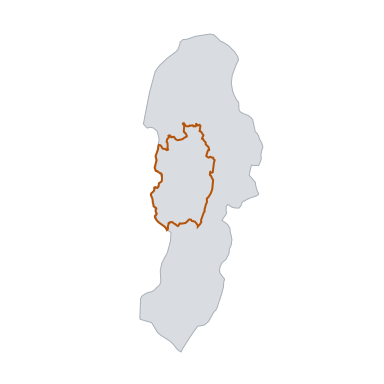 where Banskobystrický sits in Slovakia, rotated 104°
{"feature_id": "SVK-1052", "entity_name": "Banskobystrický", "entity_type": "Region", "adm_level": 1, "iso_a3": "SVK", "parent_name": "Slovakia", "parent_adm1": "", "projection": "equal_earth", "projection_center": [19.313, 48.501], "detail": "fine", "context": "in_parent", "style": "outline", "palette": "amber", "viewbox_px": 384, "rotation_deg": 104, "n_neighbors": 0, "source": "natural_earth", "source_scale": "10m", "svg_char_len": 7014}
<svg xmlns="http://www.w3.org/2000/svg" viewBox="0 0 384 384"><g transform="rotate(104 192 192)"><path d="M349.8,163.8L349.1,166.7L346.9,170.1L344.1,173.6L341.8,177.9L338.8,187.0L336.8,191.3L328.5,199.6L328.1,211.3L327.0,212.1L307.8,216.1L305.3,215.5L302.6,213.2L301.1,211.6L300.2,210.3L298.5,207.1L296.3,204.8L293.0,203.0L290.0,200.8L286.1,200.7L275.8,203.8L268.6,204.1L263.8,203.1L257.4,201.3L245.0,201.0L236.4,202.6L235.6,204.9L227.8,219.1L216.4,224.4L206.5,229.8L203.6,230.9L198.6,229.2L193.0,226.0L188.3,224.3L184.9,225.1L181.1,228.7L179.4,232.4L168.1,235.1L148.5,236.7L141.7,240.3L139.3,244.7L139.2,248.0L140.8,250.9L138.7,254.2L137.8,255.6L123.9,256.4L105.4,257.3L94.3,257.1L83.9,256.9L76.8,254.0L68.2,248.4L59.1,241.0L58.2,240.8L56.9,240.0L51.2,239.5L49.6,239.9L46.2,237.5L45.3,234.4L40.0,226.1L34.3,212.6L34.2,208.7L36.6,204.3L38.8,200.9L39.1,198.2L39.4,197.5L41.2,191.9L45.7,184.5L49.8,180.2L52.7,178.8L58.7,180.1L69.0,181.2L77.0,180.2L84.4,176.9L88.5,174.0L91.9,171.0L93.1,169.0L94.6,168.1L100.8,166.3L102.7,164.3L103.6,160.5L104.1,156.2L105.4,153.0L107.0,150.7L118.3,145.1L119.3,143.1L121.2,141.2L124.5,139.1L127.8,136.0L131.2,134.1L135.6,134.4L139.7,134.0L142.8,132.9L144.2,132.8L150.1,133.7L151.1,137.2L151.7,140.9L161.8,140.6L167.4,132.7L170.2,131.8L174.9,129.1L177.9,126.7L180.0,128.2L183.1,133.2L186.3,137.3L188.2,138.9L188.4,140.1L190.3,140.9L193.9,141.3L196.3,142.6L197.1,146.4L197.1,149.8L196.0,152.3L195.4,154.4L198.0,155.3L201.6,154.5L204.3,153.2L212.1,156.1L214.9,149.7L217.9,146.5L222.0,145.0L225.6,143.0L229.0,141.6L231.3,141.7L232.2,141.1L235.1,141.3L238.5,141.9L243.0,141.2L249.2,142.7L253.2,145.6L257.0,146.6L261.3,146.5L264.3,144.9L268.6,139.3L271.7,139.4L276.6,138.5L283.6,138.6L299.6,139.8L303.6,141.9L313.5,144.6L317.9,147.7L319.9,151.5L320.9,154.1L331.1,158.1L346.2,163.2L349.8,163.8Z" fill="#d9dde1" stroke="#a8b0b8" stroke-width="1"/><path d="M235.1,207.1L233.4,208.6L232.6,209.6L232.0,210.7L229.8,216.4L228.7,218.4L227.3,220.3L225.7,221.7L224.4,222.2L223.7,222.0L223.1,221.4L222.0,220.9L221.4,221.1L219.7,222.5L218.7,222.8L217.8,222.7L217.2,222.6L216.7,222.6L216.0,223.3L215.8,223.9L215.5,225.1L215.1,225.8L214.6,226.1L213.6,226.4L211.4,227.6L211.2,227.7L209.1,228.3L207.8,229.0L205.2,231.0L203.9,231.4L202.8,231.0L200.6,229.4L199.3,229.0L197.2,229.7L196.7,229.6L196.2,228.9L196.3,228.3L196.6,227.7L196.6,227.0L195.6,226.0L194.3,225.8L191.7,226.2L191.2,226.0L189.9,224.7L189.3,224.2L188.8,224.1L188.2,224.0L183.0,225.2L182.1,225.7L181.4,226.7L180.9,229.5L180.3,230.7L180.2,230.7L180.2,230.8L180.3,230.8L180.3,231.2L180.4,231.6L180.3,232.0L180.3,232.3L177.3,234.2L169.7,234.0L166.4,235.9L165.8,236.0L158.8,235.3L155.5,235.7L154.4,235.6L154.3,234.9L154.3,234.1L154.4,233.8L155.0,233.0L155.2,232.7L155.4,232.5L155.6,232.3L155.9,232.1L156.1,232.0L156.4,231.6L156.8,231.2L157.0,230.7L157.1,230.2L156.7,228.9L156.7,228.5L156.9,228.0L157.0,227.7L157.4,227.1L157.4,226.9L157.4,226.6L157.4,226.3L157.3,226.2L156.6,225.5L155.7,226.2L155.4,226.4L155.1,226.5L154.8,226.6L154.6,226.5L154.3,226.5L154.1,226.5L153.9,226.6L153.0,226.8L152.2,227.1L151.9,227.2L151.5,227.3L151.1,227.4L150.9,227.5L150.7,227.6L150.3,227.7L150.1,227.8L149.9,228.0L149.7,228.3L149.7,228.5L149.5,228.8L149.4,228.8L149.1,228.8L148.8,228.8L148.3,228.9L148.0,228.9L147.7,228.9L147.3,228.8L147.1,228.8L146.8,228.8L146.7,228.8L146.4,228.8L146.2,228.6L145.1,227.9L144.9,227.8L144.6,227.7L144.3,227.7L144.0,227.7L143.8,227.8L143.7,227.9L143.6,228.2L143.5,228.3L143.3,228.4L143.2,228.5L143.0,228.4L142.9,228.3L142.7,228.1L142.6,227.8L142.5,227.5L142.5,227.0L142.6,226.7L142.9,226.4L143.3,226.1L143.5,225.8L143.8,225.7L143.9,225.4L143.7,224.9L143.2,224.2L143.1,223.9L143.1,223.7L143.4,223.6L143.4,223.4L142.9,222.9L143.0,222.7L143.2,222.3L143.8,221.6L144.5,221.0L144.7,220.7L144.8,220.4L145.2,218.4L143.1,214.1L142.7,213.7L141.3,212.7L139.7,210.7L139.0,210.5L138.8,210.6L138.5,210.8L137.9,211.3L137.1,212.0L136.8,212.5L136.4,212.8L136.4,213.1L136.3,213.3L136.2,213.4L135.9,213.6L135.9,213.9L135.9,214.1L135.8,214.3L135.7,214.4L133.9,214.9L130.4,215.4L129.7,215.6L129.2,216.1L128.8,216.5L128.7,216.7L128.3,217.0L128.2,217.1L128.0,217.4L127.7,217.4L127.2,216.6L127.5,216.3L127.9,215.9L128.1,215.7L128.2,215.3L128.3,215.2L128.7,214.8L128.9,214.6L129.2,214.3L129.3,213.9L129.4,213.5L129.5,213.0L129.4,212.5L129.2,211.5L128.8,210.8L128.5,210.5L128.2,210.5L128.1,210.4L127.9,210.1L128.0,209.7L128.0,209.3L127.8,208.9L127.4,208.2L127.2,207.8L127.2,207.3L127.4,207.1L127.9,206.6L127.9,206.4L127.6,206.3L127.5,206.2L127.6,205.5L127.6,205.2L127.6,204.9L127.5,204.5L127.3,204.3L126.9,204.2L126.4,204.2L125.0,204.5L124.9,204.4L124.9,204.1L125.3,203.5L126.1,202.7L126.1,202.3L125.8,202.1L125.0,201.0L125.6,199.9L131.1,199.3L131.1,199.1L131.3,198.5L131.3,198.4L131.3,198.2L131.3,197.9L131.4,197.7L131.6,197.5L131.8,197.2L132.7,196.4L134.2,194.6L137.2,195.2L137.5,195.2L137.9,195.2L137.9,194.9L137.8,194.3L137.9,194.1L138.1,193.9L138.9,193.3L139.1,193.1L140.4,191.0L140.7,190.7L141.0,190.5L141.8,190.5L142.1,190.4L142.3,190.3L143.0,189.3L143.7,188.1L143.9,187.9L144.0,187.7L144.1,187.1L146.5,185.7L147.2,185.5L147.3,185.6L147.3,185.8L147.5,186.0L147.8,186.4L147.8,186.5L148.7,186.7L153.5,186.9L154.2,185.7L154.4,185.3L154.5,184.5L154.6,184.1L154.5,183.9L153.7,183.2L153.4,182.7L153.3,182.4L153.4,182.2L153.6,182.0L153.8,181.7L153.8,181.4L153.8,181.0L153.5,180.1L153.5,179.9L153.6,179.7L154.5,179.3L154.8,179.1L155.0,178.9L155.6,177.7L158.2,177.8L167.4,176.7L167.9,176.7L168.0,176.8L168.0,177.1L168.3,177.2L168.4,177.4L168.6,177.6L168.6,178.2L168.7,178.5L168.4,178.7L168.3,178.8L168.1,179.1L168.4,179.2L170.7,178.9L171.0,178.8L171.3,178.6L171.5,178.4L171.5,178.2L171.6,177.8L171.7,177.5L172.3,176.9L173.4,176.3L175.3,174.4L184.6,173.0L188.8,173.5L192.4,174.6L192.8,174.8L193.1,175.1L193.4,175.2L193.9,175.4L194.1,175.4L194.3,175.6L194.7,176.0L194.9,176.0L195.1,176.0L195.8,175.7L198.3,175.1L198.9,175.1L200.4,175.5L205.7,175.6L205.9,175.5L206.5,175.5L207.5,175.1L207.8,175.1L208.1,175.1L208.8,175.6L216.8,176.4L217.8,176.3L218.7,175.7L219.1,175.7L220.1,176.1L221.2,176.4L221.5,176.6L221.9,176.8L224.2,178.0L222.9,178.3L220.3,181.6L220.1,182.0L220.1,182.4L220.1,182.6L220.1,182.8L220.0,183.4L220.0,184.0L220.2,184.7L220.2,185.1L220.0,185.4L219.7,185.7L219.4,185.9L219.3,186.1L219.1,186.3L219.1,186.6L219.1,187.0L219.3,187.9L219.5,188.3L220.0,188.7L220.6,188.8L223.6,190.8L223.9,191.4L225.1,194.2L225.5,195.5L225.4,195.7L225.4,195.8L225.3,196.1L225.7,196.4L226.2,196.6L226.6,196.7L227.2,196.8L227.3,196.9L227.8,197.1L228.3,197.2L228.4,197.3L228.5,197.4L228.3,197.9L228.1,198.8L228.0,199.1L227.9,199.2L227.8,199.4L227.6,199.6L227.5,199.9L227.3,200.3L226.9,202.0L226.8,202.3L226.5,202.7L226.3,203.0L226.1,203.4L226.0,203.8L226.1,204.1L226.1,204.4L226.3,204.7L226.4,204.9L226.4,205.1L226.4,205.3L226.3,205.5L226.5,205.7L226.7,205.9L227.7,206.5L227.9,206.6L227.7,206.8L227.6,207.0L227.9,207.2L230.2,207.0L231.1,207.1L231.6,207.1L232.5,206.6L232.9,206.5L234.1,206.5L235.1,207.1L235.1,207.1Z" fill="none" stroke="#b45309" stroke-width="2"/></g></svg>